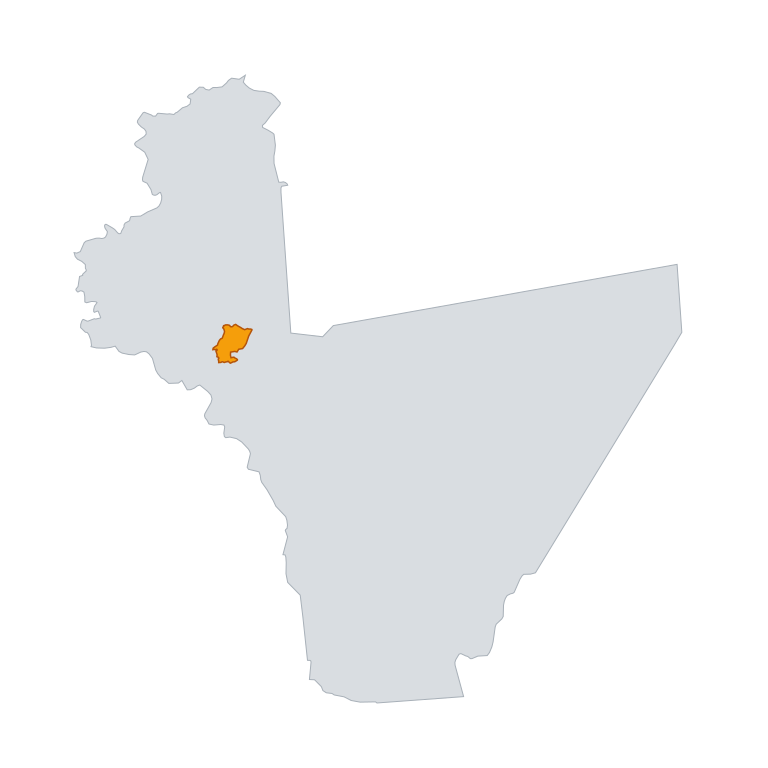 Macina, Ségou, Mali (highlighted), rotated 86°
{"feature_id": "8926073B71452714760112", "entity_name": "Macina", "entity_type": "district", "adm_level": 2, "iso_a3": "MLI", "parent_name": "Mali", "parent_adm1": "Ségou", "projection": "mercator", "projection_center": [-5.365, 14.021], "detail": "fine", "context": "in_parent", "style": "filled", "palette": "amber", "viewbox_px": 768, "rotation_deg": 86, "n_neighbors": 0, "source": "geoboundaries", "source_scale": "gbopen_adm2", "svg_char_len": 5085}
<svg xmlns="http://www.w3.org/2000/svg" viewBox="0 0 768 768"><g transform="rotate(86 384 384)"><path d="M100.6,596.0L100.8,593.1L98.3,591.0L98.2,590.0L99.6,581.4L99.5,579.1L100.5,574.8L98.9,572.8L98.5,571.4L94.4,565.8L93.2,561.1L91.1,557.9L86.4,556.9L84.6,559.6L83.6,560.0L81.8,558.1L81.1,556.5L81.1,554.9L75.0,547.5L75.4,543.5L77.7,541.3L78.6,537.9L76.3,533.9L76.6,530.1L76.3,524.8L72.7,520.1L70.3,518.0L68.3,514.7L69.9,507.2L66.3,500.8L73.1,503.3L76.2,501.0L79.4,497.7L82.0,493.4L83.2,488.0L83.7,483.4L86.3,476.2L89.6,472.8L96.2,467.8L98.0,468.3L109.0,478.9L115.3,484.3L117.5,487.2L119.6,487.2L122.7,482.0L125.9,477.5L127.2,476.3L138.2,475.7L143.9,476.6L149.0,477.9L156.3,478.3L175.3,474.9L175.6,472.8L175.3,470.3L176.1,468.3L177.7,466.6L179.0,466.2L179.6,472.2L181.2,473.1L185.7,473.4L326.7,473.4L332.6,441.9L322.2,430.5L285.1,83.3L353.2,83.3L365.0,91.4L582.9,246.1L583.9,251.1L583.6,257.9L585.3,259.9L588.4,262.1L600.8,268.6L601.7,269.9L602.2,272.6L603.6,275.9L606.2,277.8L609.3,279.2L613.0,280.2L624.2,281.3L626.5,282.8L631.4,288.8L634.0,290.0L649.0,293.2L653.9,294.8L659.2,297.5L662.1,300.0L662.0,309.4L664.1,315.5L664.0,317.0L661.6,319.5L661.0,321.3L658.3,326.1L658.8,328.0L664.1,331.7L666.7,332.7L669.6,332.7L701.4,326.4L701.7,413.3L700.5,414.6L699.7,430.0L697.4,438.9L693.3,445.6L690.7,455.4L689.1,457.4L688.0,463.1L685.6,466.3L681.5,467.6L674.2,473.9L673.6,479.0L656.5,476.2L655.3,476.3L654.6,476.9L654.3,479.6L610.3,481.2L588.8,482.3L575.2,493.9L566.4,495.0L555.4,494.0L549.8,494.0L547.6,494.6L547.2,496.7L529.7,490.8L523.2,492.7L522.2,492.1L521.3,490.8L518.1,490.1L513.1,490.4L509.5,491.3L498.4,500.4L492.4,502.7L481.3,508.1L473.6,512.8L470.8,513.6L466.5,513.8L462.9,514.8L459.6,525.2L457.5,526.3L444.2,522.1L441.6,522.7L439.3,523.9L431.9,530.0L428.2,534.9L426.2,541.4L426.5,545.6L425.3,546.9L421.9,547.2L415.7,545.9L413.8,546.5L413.0,549.7L413.1,556.7L411.7,561.4L408.1,562.9L405.3,564.8L403.1,565.3L401.2,564.8L390.5,557.8L386.9,556.6L382.9,557.4L379.1,560.4L372.2,567.8L372.9,570.4L374.9,573.5L376.2,577.3L376.1,580.7L366.4,585.4L368.7,589.0L368.4,598.6L363.9,603.0L362.3,605.8L358.0,608.9L354.2,610.7L342.3,613.2L337.6,616.2L335.3,618.7L334.8,621.3L335.2,624.4L337.6,630.7L336.8,636.4L334.9,643.1L333.0,646.1L327.5,649.5L328.4,653.9L328.8,660.1L328.0,668.2L326.3,673.7L325.0,673.1L319.7,673.4L313.9,675.1L311.9,676.5L311.5,678.3L306.6,682.7L303.4,682.4L300.4,681.2L298.8,680.1L298.6,679.4L300.5,675.9L300.6,674.7L298.7,668.5L299.1,667.0L298.3,662.2L297.9,662.0L291.5,664.0L291.3,664.9L292.3,667.9L291.6,668.5L289.4,668.4L286.2,667.4L282.8,664.6L281.9,665.5L281.5,667.7L281.3,670.3L282.2,675.0L281.3,676.7L275.9,676.4L271.4,676.9L270.2,678.6L269.8,680.5L270.8,682.6L270.7,683.4L268.8,684.7L267.9,684.7L265.4,682.4L255.5,680.2L254.6,677.0L253.5,677.0L250.3,673.1L249.0,673.2L247.8,673.8L244.0,673.6L240.6,676.9L238.1,681.1L235.4,683.1L231.3,684.0L232.0,681.3L230.7,677.7L222.1,673.2L220.7,671.3L218.5,661.0L218.6,658.0L219.2,655.3L218.9,653.2L218.0,651.6L215.4,650.0L212.7,649.3L209.3,651.3L207.7,651.7L206.1,651.6L205.3,650.8L205.4,649.8L209.2,644.2L211.0,641.9L214.6,639.2L215.6,637.9L215.6,636.8L215.3,636.0L212.9,635.0L209.1,632.4L207.1,632.2L205.4,631.0L203.6,626.9L202.8,626.2L201.0,625.7L199.4,624.8L199.5,615.0L195.8,607.7L192.5,598.3L190.8,596.1L187.9,594.2L184.2,592.9L181.0,592.6L177.3,593.6L177.4,594.5L179.4,597.5L179.8,599.2L179.4,600.8L178.7,601.9L173.8,602.9L167.2,606.3L165.0,610.3L163.5,610.7L160.9,610.3L143.5,603.6L136.1,606.5L131.3,612.3L130.2,614.2L128.0,615.9L126.7,615.9L125.4,614.8L120.3,605.9L118.1,603.8L115.4,603.8L113.0,605.2L110.6,608.2L107.5,610.9L105.5,611.8L103.8,611.3L96.6,605.4L96.2,604.1L99.5,597.1L100.6,596.0Z" fill="#d9dde1" stroke="#a8b0b8" stroke-width="1"/><path d="M350.1,528.8L349.7,528.5L349.3,528.6L348.9,529.0L348.5,529.4L347.9,530.5L347.4,531.3L346.8,531.8L346.8,532.9L346.9,533.5L347.0,533.9L347.1,534.8L344.4,535.2L341.5,534.8L341.1,530.6L341.8,528.4L339.2,526.5L338.8,522.6L336.2,520.2L333.9,518.6L326.7,515.6L320.8,511.9L320.3,512.1L319.8,513.6L319.8,514.9L319.2,516.3L320.1,519.2L318.7,521.7L317.8,522.8L316.3,525.1L315.7,526.0L314.2,527.8L314.8,529.7L315.4,530.3L316.1,531.0L316.3,531.9L316.3,532.2L316.2,532.6L316.1,533.1L315.8,533.4L315.1,533.7L314.7,534.0L314.6,534.3L314.1,535.8L314.0,538.0L314.6,539.5L314.6,539.9L314.7,540.0L314.8,540.0L315.0,539.9L315.3,539.9L315.6,540.1L315.8,540.5L316.1,540.7L316.3,540.8L316.6,540.9L317.0,540.7L317.2,540.4L317.5,540.3L317.8,540.1L318.0,539.9L320.4,539.4L322.3,539.9L323.5,540.6L326.0,541.7L327.1,542.3L327.6,543.8L329.0,545.2L332.1,546.9L333.6,547.4L335.1,550.1L336.3,551.9L337.8,552.3L337.7,550.4L338.2,549.8L338.2,549.5L338.1,549.1L337.8,548.8L337.7,548.4L338.0,548.1L338.3,548.1L338.7,548.2L339.7,549.3L342.8,548.5L344.5,548.6L345.1,548.8L345.8,547.4L346.2,547.1L346.9,547.0L347.3,547.5L347.9,547.6L348.5,547.6L349.2,547.3L351.1,547.4L351.1,545.2L350.5,544.0L350.6,543.4L351.4,541.9L350.9,540.0L350.9,538.9L350.4,538.0L352.5,535.9L352.0,534.3L351.5,533.5L351.4,531.9L351.4,531.3L351.0,530.5L350.1,528.8Z" fill="#f59e0b" stroke="#b45309" stroke-width="1.5"/></g></svg>